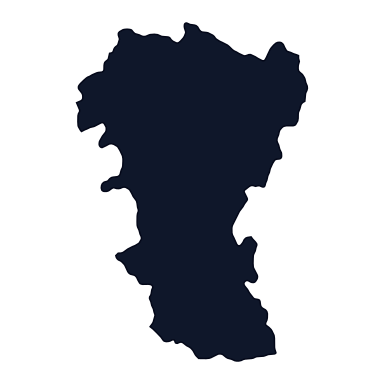 the district of San Ignacio de Sabaneta, Santiago Rodríguez, Dominican Republic
{"feature_id": "3306468B60341362842796", "entity_name": "San Ignacio de Sabaneta", "entity_type": "district", "adm_level": 2, "iso_a3": "DOM", "parent_name": "Dominican Republic", "parent_adm1": "Santiago Rodríguez", "projection": "mercator", "projection_center": [-71.312, 19.362], "detail": "fine", "context": "isolated", "style": "filled", "palette": "ink", "viewbox_px": 384, "rotation_deg": 0, "n_neighbors": 0, "source": "geoboundaries", "source_scale": "gbopen_adm2", "svg_char_len": 5938}
<svg xmlns="http://www.w3.org/2000/svg" viewBox="0 0 384 384"><path d="M81.5,131.5L84.7,129.8L87.2,128.8L90.0,127.4L93.8,126.5L94.8,126.1L101.1,122.8L102.6,122.6L103.5,122.9L104.2,123.6L106.1,127.0L106.3,128.7L106.2,130.4L105.6,132.1L102.4,136.2L99.8,140.9L99.4,141.9L99.2,143.6L99.2,144.7L99.5,145.7L100.1,146.6L100.8,147.2L101.7,147.5L102.2,147.5L106.2,145.6L108.9,144.1L110.0,143.8L111.7,143.7L113.8,144.3L117.2,146.3L117.9,147.0L120.0,150.5L122.5,155.8L123.0,158.8L123.0,161.3L122.8,165.6L122.5,167.4L121.2,170.2L120.1,174.4L119.5,175.3L118.8,176.0L117.4,176.7L113.0,177.2L111.4,177.6L109.7,178.8L107.9,180.9L107.1,181.3L104.2,182.1L103.4,182.7L102.3,183.8L101.6,185.4L101.3,187.6L101.4,188.6L101.9,190.2L102.7,190.9L103.7,191.3L104.7,191.4L106.4,191.4L108.0,191.0L109.0,190.5L111.7,188.5L113.0,187.8L113.9,187.7L116.6,188.5L118.7,188.6L120.3,188.3L122.6,187.3L123.6,187.1L124.6,187.1L125.7,187.3L128.7,189.0L129.8,190.0L131.8,193.5L133.2,196.4L136.0,200.2L136.6,201.2L137.1,203.4L137.6,207.3L138.3,209.6L138.4,210.5L138.3,211.4L137.5,213.7L137.2,216.0L137.1,221.6L137.2,225.2L137.6,227.0L139.1,230.3L140.1,234.1L141.3,236.8L141.5,238.4L141.2,239.5L139.3,242.9L138.1,243.8L135.1,245.6L132.6,246.6L127.9,249.0L123.2,252.4L121.1,253.1L118.2,253.2L115.8,255.6L116.4,257.6L117.3,258.9L118.4,259.9L120.4,260.8L121.8,261.8L124.2,264.3L124.9,265.3L127.8,271.6L128.7,272.9L130.3,274.1L134.0,275.1L134.9,275.5L135.7,276.2L136.7,277.4L138.0,280.2L139.5,282.8L140.1,283.5L141.1,284.0L142.7,284.3L148.2,284.2L149.9,284.4L151.5,284.9L152.5,286.0L152.8,287.4L151.8,289.9L151.1,294.2L150.6,295.5L149.7,296.8L149.5,298.1L149.7,299.0L150.9,301.7L151.8,305.5L153.4,308.9L154.1,312.1L154.9,314.4L155.1,315.3L153.2,322.2L152.4,323.6L150.1,326.7L152.9,328.9L156.8,332.7L161.0,337.1L163.4,340.5L164.2,341.1L166.2,341.6L168.5,341.4L170.1,341.0L172.2,339.9L173.5,339.8L174.3,340.1L174.6,340.5L175.4,342.7L176.1,343.2L177.4,343.3L179.4,342.4L180.3,342.1L181.4,342.1L182.4,342.4L183.7,343.3L186.6,345.6L189.5,347.1L191.2,348.4L193.0,350.5L195.3,354.7L196.3,356.0L198.7,358.4L206.1,358.5L209.2,358.2L210.8,357.7L217.8,354.2L218.8,353.9L220.5,353.9L221.6,354.1L222.7,354.5L226.3,357.4L227.8,358.2L231.6,359.2L234.9,360.7L236.8,361.0L238.7,361.0L241.1,360.5L243.4,359.4L245.0,359.0L251.7,358.4L253.4,358.0L255.7,356.9L256.9,356.6L263.6,356.1L264.7,355.8L268.2,354.5L274.5,353.9L275.6,353.4L275.9,352.7L274.8,349.2L274.5,347.4L274.4,338.2L274.0,335.3L271.9,330.9L271.0,329.5L268.9,327.4L266.1,325.3L265.8,324.9L265.5,324.0L265.7,322.7L266.9,320.0L267.3,317.8L267.4,313.7L266.8,311.5L265.5,309.9L262.4,308.1L261.0,306.6L260.5,305.1L260.0,301.4L259.4,300.1L258.1,299.5L254.7,298.9L253.5,298.2L249.4,292.9L247.5,289.5L244.6,285.9L243.9,284.3L243.9,283.2L244.3,282.2L245.3,281.1L246.2,280.6L247.3,280.5L248.3,280.7L250.9,282.1L251.9,282.4L253.5,282.5L254.5,282.2L255.3,281.6L255.9,280.8L257.1,278.8L257.4,277.8L257.5,276.2L257.2,275.1L254.1,269.1L253.4,267.6L253.2,266.4L253.0,263.4L253.1,258.4L253.3,255.4L253.8,253.8L255.2,250.9L255.9,247.7L256.7,245.5L256.8,244.6L256.6,243.7L255.3,241.9L252.6,239.0L251.1,236.9L247.3,237.5L245.8,238.1L244.3,239.6L242.9,242.5L241.2,244.7L240.4,245.4L239.5,245.8L239.0,245.9L238.0,245.6L237.3,245.0L236.7,244.2L233.7,237.5L232.5,235.2L231.9,233.0L231.8,228.4L232.0,226.7L232.5,225.1L239.4,211.3L242.9,206.7L244.5,203.8L246.5,201.1L247.3,199.8L247.3,198.8L247.0,197.9L244.2,192.2L244.1,191.2L244.4,190.3L248.9,186.7L250.4,185.8L251.4,185.5L253.0,185.5L255.5,186.3L258.0,185.7L259.5,185.7L262.1,186.8L262.9,187.0L263.9,186.9L264.3,186.6L264.6,186.3L265.0,185.4L265.6,183.0L266.8,180.2L267.8,175.8L269.3,172.5L270.2,168.7L272.6,163.4L274.5,160.4L275.1,159.8L276.5,159.2L279.4,158.9L280.3,158.6L281.1,157.9L281.5,157.0L281.6,156.0L281.5,153.7L281.3,152.6L279.7,149.3L278.6,145.0L277.3,142.2L276.9,140.5L277.1,138.3L278.5,134.9L279.2,131.7L279.8,130.1L281.7,127.8L283.0,126.7L284.1,126.2L286.5,125.7L293.2,125.7L294.6,125.3L295.5,124.7L296.0,123.9L297.7,120.9L298.1,118.5L298.2,114.1L298.4,112.3L299.8,108.9L300.8,105.2L301.2,104.2L302.2,103.0L303.0,102.3L304.8,101.3L305.5,93.9L305.8,92.7L306.9,90.4L307.4,88.3L307.2,86.1L305.8,82.7L304.9,78.9L304.3,77.5L302.4,74.5L299.5,72.0L298.8,71.2L298.4,70.2L298.1,68.4L298.2,65.9L298.4,64.7L299.3,61.5L298.5,58.3L298.5,55.6L296.6,54.8L293.5,53.8L290.7,52.5L287.3,51.4L286.3,50.4L284.6,47.4L283.5,44.9L282.6,43.7L281.3,42.7L280.3,42.4L279.1,42.3L277.5,42.5L275.9,43.2L273.7,45.1L271.4,47.7L270.1,49.6L267.8,54.4L266.5,57.3L265.1,59.8L264.4,60.5L264.0,60.7L263.0,60.8L262.1,60.6L258.0,58.5L255.3,56.8L250.6,54.6L249.0,54.6L245.9,55.7L244.8,55.9L243.8,55.8L239.1,53.6L236.4,52.0L234.4,51.1L232.5,49.8L229.1,46.5L227.4,45.1L222.1,42.4L219.7,41.3L216.7,39.4L215.6,38.5L214.2,36.5L212.7,35.2L207.9,32.8L206.3,32.5L202.4,32.1L200.9,31.5L199.4,30.0L197.6,26.9L196.0,25.6L194.4,25.1L190.0,24.5L187.4,23.3L186.5,23.0L185.5,23.2L185.1,23.5L184.7,23.9L184.4,24.8L184.3,26.3L184.5,27.9L185.8,32.1L185.5,33.5L184.4,36.3L183.2,38.2L180.5,41.2L178.8,42.6L177.3,43.1L176.0,42.8L172.8,41.2L171.3,39.9L169.6,37.6L168.2,37.0L162.1,36.5L161.0,36.2L157.7,34.7L154.3,34.3L150.3,34.6L149.2,34.9L145.9,36.3L144.8,36.5L143.1,36.5L141.5,36.0L139.2,34.9L135.0,33.7L133.5,32.4L131.7,30.2L130.9,29.7L129.3,29.4L127.1,29.2L124.7,29.4L123.1,29.7L119.6,31.7L118.6,32.8L118.3,33.8L118.4,35.3L119.4,38.5L119.5,39.3L118.1,44.0L117.7,45.0L117.1,45.7L115.6,46.8L114.6,47.9L113.9,49.2L113.2,51.5L112.6,52.3L111.4,53.0L109.6,53.3L108.5,58.2L108.2,59.2L107.6,59.9L105.4,61.7L104.8,62.5L104.4,63.5L104.1,65.3L104.0,69.4L103.8,70.5L103.2,71.4L101.9,72.1L98.2,72.5L96.7,72.9L92.3,74.8L89.6,76.4L87.6,77.2L86.2,78.2L83.9,80.2L80.4,83.6L79.0,85.4L78.5,86.4L78.4,88.0L78.8,89.1L81.9,93.1L82.6,94.7L82.8,95.9L82.8,98.1L82.5,99.1L82.0,100.0L80.8,100.9L76.6,102.7L79.5,109.6L79.7,110.6L79.5,111.9L78.5,113.6L78.0,115.8L77.9,121.6L78.1,125.4L78.4,126.6L79.0,127.7L80.6,130.5L81.5,131.5Z" fill="#0f172a" stroke="#020617" stroke-width="1.5"/></svg>